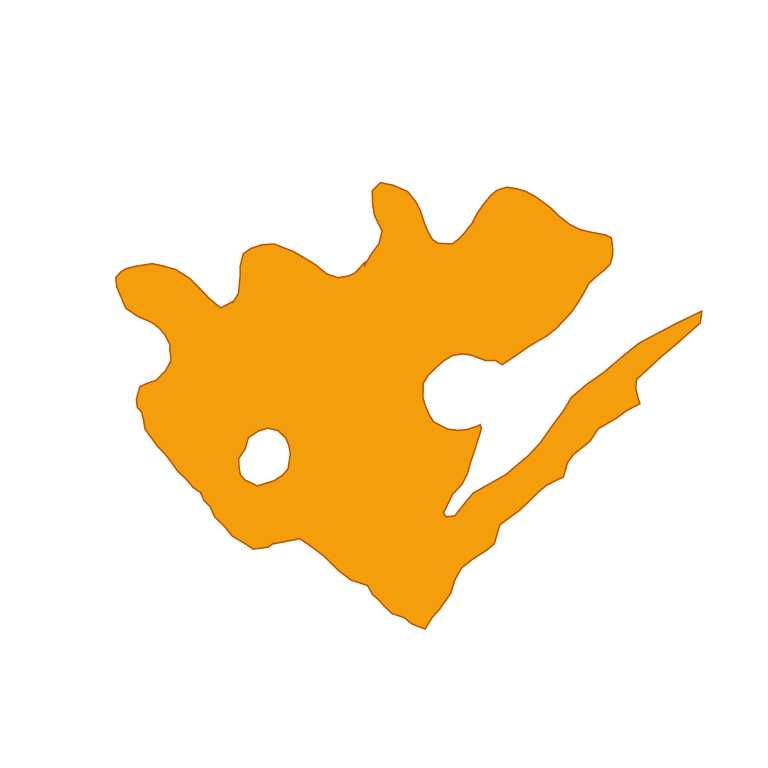 outline of Yevlakh District, Yevlakh Rayon, Azerbaijan, rotated 106°
{"feature_id": "54616110B52362464060400", "entity_name": "Yevlakh District", "entity_type": "district", "adm_level": 2, "iso_a3": "AZE", "parent_name": "Azerbaijan", "parent_adm1": "Yevlakh Rayon", "projection": "orthographic", "projection_center": [47.034, 40.701], "detail": "fine", "context": "isolated", "style": "filled", "palette": "amber", "viewbox_px": 768, "rotation_deg": 106, "n_neighbors": 0, "source": "geoboundaries", "source_scale": "gbopen_adm2", "svg_char_len": 3193}
<svg xmlns="http://www.w3.org/2000/svg" viewBox="0 0 768 768"><g transform="rotate(106 384 384)"><path d="M332.4,132.5L327.6,135.8L318.5,140.9L310.1,142.4L294.9,133.2L282.2,125.6L266.5,114.9L238.2,96.8L226.3,98.5L227.4,99.8L245.2,119.7L259.4,134.5L270.5,146.2L275.4,150.8L290.1,161.2L312.1,175.8L328.1,188.8L345.3,200.3L360.0,204.1L377.1,210.5L397.9,217.8L413.4,225.7L426.1,234.4L437.0,241.5L455.0,259.1L464.4,268.3L475.3,273.1L491.3,279.7L494.5,287.6L491.6,291.3L471.1,287.6L458.6,281.3L447.2,279.1L435.8,279.2L420.7,278.5L409.1,278.2L399.7,278.0L396.5,280.5L397.9,281.6L399.1,283.2L405.1,292.0L408.2,300.4L409.8,310.3L406.7,325.9L401.6,331.6L392.7,338.9L386.1,342.9L379.2,344.7L372.6,346.5L363.3,343.8L353.0,338.0L345.2,332.9L337.7,326.0L333.4,316.7L332.2,307.8L333.5,292.8L330.7,283.1L332.9,275.6L327.0,270.7L317.8,263.0L309.0,256.0L301.5,249.1L293.9,241.6L284.3,234.4L270.2,227.0L262.6,223.3L253.5,220.3L246.2,218.2L237.6,216.1L231.4,215.1L223.9,210.7L213.2,203.1L206.3,199.5L196.7,199.8L190.7,201.4L181.2,205.5L180.7,205.7L180.5,207.3L179.7,212.2L181.1,228.0L181.5,239.0L179.5,249.2L174.1,262.7L169.0,271.6L166.4,278.5L162.1,290.2L159.8,300.9L159.7,310.0L159.7,310.8L159.8,311.1L161.0,320.3L166.8,329.0L173.1,333.3L184.1,338.0L194.5,341.6L204.9,343.6L215.8,348.0L223.2,351.6L230.5,357.0L233.8,370.8L231.8,377.1L225.2,384.0L218.0,389.6L207.8,396.5L200.2,403.4L192.5,414.3L190.4,430.2L191.4,443.0L201.6,448.6L214.8,444.3L224.8,439.5L237.5,428.0L250.5,427.5L262.7,432.1L275.0,435.3L272.4,436.0L285.4,442.6L290.0,448.0L294.5,457.5L294.0,469.2L288.1,483.0L285.1,494.0L281.7,507.1L281.5,509.6L279.7,528.1L283.7,539.6L290.6,549.6L297.7,555.2L310.5,554.7L319.2,552.2L336.8,548.9L346.1,551.4L345.8,551.5L355.8,561.9L350.6,574.3L343.0,587.5L336.2,599.5L333.1,609.9L331.4,615.5L331.4,629.2L332.2,640.0L339.4,655.6L344.2,663.6L349.0,668.0L351.5,669.2L355.7,671.2L364.5,667.6L375.7,658.4L382.5,652.8L387.2,638.1L388.4,626.6L390.0,620.9L392.8,614.6L396.9,608.4L400.7,604.9L405.2,600.5L410.3,599.2L418.2,595.8L422.2,595.2L422.0,595.6L431.5,597.7L443.4,604.1L448.0,611.1L453.9,618.0L467.0,617.8L474.5,614.7L477.7,609.4L484.7,605.3L492.9,601.5L496.5,597.1L502.5,589.4L506.3,584.5L511.8,575.0L517.8,566.9L524.7,558.2L529.9,548.2L534.3,541.5L536.1,538.9L538.2,532.5L539.1,529.6L539.5,530.0L545.6,524.9L549.9,517.2L558.3,510.3L565.1,497.7L572.0,488.0L575.8,473.6L578.8,464.2L572.9,450.4L567.8,446.5L568.3,446.5L555.9,422.2L560.2,409.4L565.8,394.6L576.1,375.9L581.6,361.5L582.2,344.4L589.4,337.1L593.7,328.5L597.7,322.1L602.5,312.9L603.0,300.4L607.0,290.9L608.0,279.9L608.3,277.0L605.8,276.3L594.5,273.1L585.7,268.7L567.0,262.2L552.6,261.8L539.5,258.8L527.3,250.0L515.5,239.5L507.2,233.9L487.6,233.9L480.1,228.2L468.4,219.1L454.4,210.8L444.8,205.5L436.5,199.8L425.6,188.0L424.3,185.9L409.1,185.9L399.5,182.4L382.1,170.1L368.1,165.8L352.9,151.3L343.3,143.9L337.1,137.5L332.4,132.5ZM509.5,497.7L503.2,500.7L495.8,503.1L484.4,499.5L477.7,499.5L472.8,499.5L463.8,491.7L458.7,484.0L458.5,481.2L457.9,473.4L462.9,463.7L463.0,463.6L469.2,458.6L476.9,454.8L491.8,452.9L499.0,456.0L507.3,463.0L516.6,477.3L516.9,477.7L514.6,491.1L510.7,497.1L509.5,497.7Z" fill="#f59e0b" stroke="#b45309" stroke-width="1.5"/></g></svg>